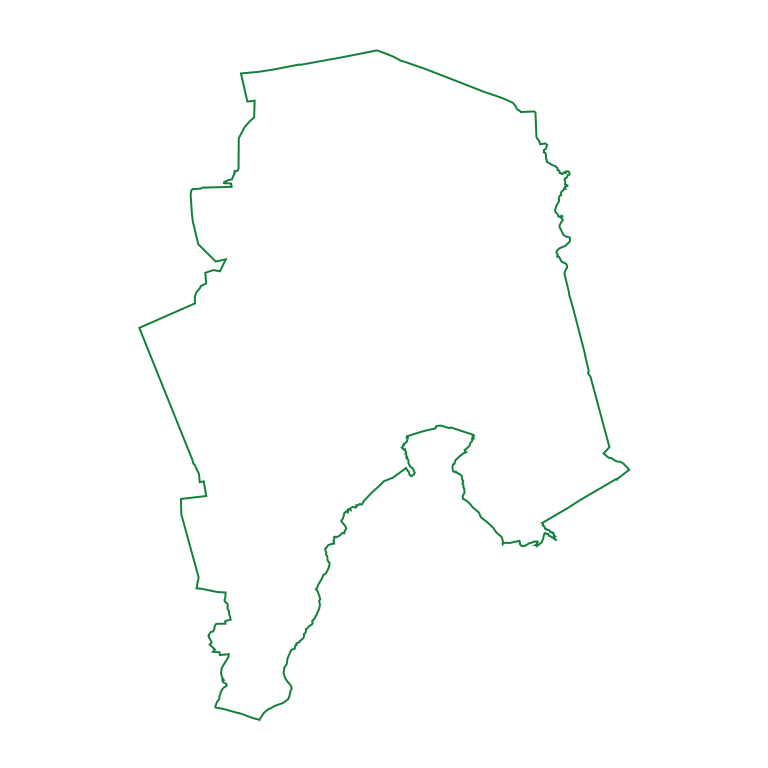 the district of Lunca Corbului, Arges, Romania, rotated 179°
{"feature_id": "2599482B7235716813280", "entity_name": "Lunca Corbului", "entity_type": "district", "adm_level": 2, "iso_a3": "ROU", "parent_name": "Romania", "parent_adm1": "Arges", "projection": "mercator", "projection_center": [24.731, 44.682], "detail": "fine", "context": "isolated", "style": "outline", "palette": "green", "viewbox_px": 768, "rotation_deg": 179, "n_neighbors": 0, "source": "geoboundaries", "source_scale": "gbopen_adm2", "svg_char_len": 6127}
<svg xmlns="http://www.w3.org/2000/svg" viewBox="0 0 768 768"><g transform="rotate(179 384 384)"><path d="M462.7,705.0L489.5,700.3L503.9,698.3L521.6,697.0L515.7,668.8L508.4,669.5L509.2,652.8L513.4,649.3L519.0,643.1L524.9,632.3L525.7,602.0L526.4,600.0L530.8,599.1L529.0,599.0L532.5,591.2L535.5,590.8L540.3,588.7L540.5,587.6L533.4,587.1L532.9,583.8L562.2,583.5L563.7,582.5L572.0,582.2L573.4,580.7L574.0,576.8L573.2,559.1L572.4,550.2L567.2,526.9L550.1,509.4L540.0,511.4L546.1,499.5L552.5,500.9L560.8,498.3L560.0,487.6L565.5,485.1L566.6,482.7L569.8,479.2L571.6,474.7L571.6,467.9L627.7,444.4L576.8,311.2L576.1,307.8L574.8,306.7L570.6,297.3L569.9,289.0L565.9,289.8L563.7,275.1L589.0,272.6L588.9,257.1L572.7,193.9L575.0,183.0L569.3,182.3L554.7,179.0L546.0,178.3L546.5,172.6L547.1,171.4L547.1,169.9L546.9,169.2L544.6,167.3L543.9,164.9L544.5,163.2L544.2,161.8L542.9,159.4L543.0,157.7L541.4,151.1L546.9,149.7L546.8,147.1L555.9,147.1L557.4,145.0L558.3,140.8L559.5,139.4L561.6,139.1L563.9,135.7L563.7,135.0L563.4,134.9L563.5,133.7L560.9,129.1L561.5,127.5L562.8,126.5L557.7,121.5L559.7,119.2L553.0,118.6L552.8,115.9L543.9,116.5L544.5,113.5L550.9,103.5L551.4,101.9L551.9,97.8L551.2,93.8L549.4,90.9L550.8,90.8L550.2,88.8L546.8,86.7L546.5,85.1L550.0,82.9L551.8,80.3L553.0,77.9L552.9,76.8L554.2,74.5L553.9,73.0L554.2,72.1L556.6,68.8L558.2,64.8L558.2,63.6L549.9,61.8L535.4,57.5L534.5,57.5L521.9,52.6L514.2,50.3L513.9,51.3L510.0,57.0L507.2,59.5L504.5,61.3L503.2,61.6L498.8,64.1L490.4,66.9L485.3,70.5L484.0,73.7L482.7,79.3L481.7,80.6L481.7,82.1L482.9,84.8L485.6,88.0L488.1,91.9L489.6,97.6L488.9,99.5L488.8,101.7L486.2,105.7L485.2,111.4L481.9,118.7L480.9,120.0L478.0,120.8L477.3,124.1L476.1,124.4L476.1,126.3L473.1,127.4L472.8,128.2L469.0,131.4L468.3,133.6L468.4,135.4L467.1,136.1L466.3,138.3L466.4,140.4L465.3,140.8L463.4,142.9L460.4,144.8L459.4,146.3L460.0,148.1L457.0,151.4L456.4,153.1L455.6,153.9L452.7,160.7L451.9,164.6L452.7,168.3L451.5,169.9L452.7,174.4L454.2,178.4L455.6,180.0L454.9,180.3L453.3,184.3L449.4,190.7L447.9,194.4L446.5,194.7L444.2,197.6L442.3,201.7L441.7,204.2L441.6,206.4L442.8,207.3L443.5,209.0L443.7,212.6L444.9,214.5L444.9,215.6L444.5,216.2L445.2,217.8L445.6,219.6L445.3,220.8L444.4,221.1L444.3,221.8L442.4,224.0L438.0,225.3L436.6,225.3L437.1,228.4L436.4,230.3L436.7,231.6L436.4,232.0L435.9,232.2L434.0,231.7L430.8,233.3L428.5,235.7L426.3,235.4L426.1,237.1L424.2,240.4L425.4,242.9L429.0,247.4L429.0,248.3L427.9,249.4L426.4,253.3L426.0,255.5L424.0,257.3L422.5,256.2L422.1,257.4L422.5,258.9L421.8,259.5L419.6,258.5L420.0,260.0L419.2,260.8L416.6,261.8L415.6,261.1L414.3,261.0L413.5,261.8L413.9,263.2L412.2,263.3L410.2,264.5L409.1,263.8L408.0,264.1L406.4,267.2L397.9,275.8L388.7,283.8L386.0,286.7L376.7,290.2L363.4,299.6L361.8,296.6L360.7,295.8L360.2,293.2L358.7,291.5L357.6,291.6L355.3,293.6L354.8,294.8L355.6,296.1L356.2,298.4L356.8,299.2L359.2,301.0L360.9,304.2L360.9,306.8L361.2,307.9L361.8,308.9L362.9,309.3L363.0,309.8L362.2,310.1L362.1,310.8L362.9,311.8L363.2,314.2L363.6,314.2L363.0,315.5L364.0,317.0L364.1,318.4L365.6,318.2L367.4,320.2L366.6,320.7L365.8,322.8L365.1,322.7L365.3,323.7L363.0,325.0L362.1,326.2L361.1,329.7L362.3,330.0L361.8,331.4L345.7,336.1L333.2,338.8L332.7,340.8L330.6,341.3L327.8,341.4L319.0,338.6L318.0,339.4L296.1,331.8L296.0,331.0L295.2,331.1L295.1,330.3L296.2,330.0L295.3,328.0L296.9,328.1L297.1,327.5L296.5,326.9L297.0,325.3L298.7,323.5L299.5,320.9L302.8,317.7L304.5,316.7L304.5,315.8L303.0,314.5L305.9,313.3L309.9,310.2L313.9,306.5L315.0,302.9L316.5,302.4L317.0,300.1L316.6,296.0L315.9,295.1L313.9,295.0L314.1,294.6L310.1,292.7L307.9,290.7L307.5,289.2L307.6,287.0L306.6,286.0L306.6,284.6L307.2,283.8L307.3,282.8L306.5,282.1L306.3,278.9L305.7,278.1L305.4,274.7L305.7,273.2L307.2,270.8L307.2,267.9L304.5,266.5L301.9,264.4L299.5,262.0L297.9,259.6L291.9,254.3L291.0,253.0L289.6,249.2L282.5,243.4L277.3,238.3L274.4,233.8L269.2,229.1L268.0,225.6L267.9,223.9L268.2,222.1L268.1,221.8L267.7,222.5L266.3,223.1L260.6,222.9L251.5,224.8L251.2,224.6L250.8,221.4L249.2,219.7L247.6,219.4L245.5,219.9L241.9,222.1L238.7,222.9L236.5,224.0L234.4,223.3L234.4,223.7L233.3,223.9L233.0,223.5L233.6,222.9L233.7,222.1L233.4,221.2L235.3,220.3L234.2,220.2L234.1,219.3L229.3,222.6L227.3,227.2L227.2,228.6L226.1,231.8L225.6,232.2L223.9,231.1L222.7,231.3L221.5,229.2L221.0,229.2L216.8,226.7L214.3,224.4L216.8,227.8L216.8,228.5L215.9,228.8L216.4,229.1L216.4,230.0L217.9,231.8L217.5,232.3L220.2,233.3L220.8,232.4L220.5,233.6L221.1,234.8L224.0,235.7L224.4,236.3L224.9,236.0L225.7,236.9L226.1,238.7L227.7,239.9L227.4,240.1L227.5,241.6L228.4,242.2L201.7,257.2L190.5,264.2L153.6,284.9L152.7,284.3L152.3,285.1L140.3,294.0L145.7,300.0L149.0,302.1L152.9,302.5L158.2,306.0L160.4,306.2L165.7,310.7L159.7,316.9L177.4,387.6L179.9,391.5L179.0,393.3L182.1,407.0L182.5,410.3L193.6,456.5L197.3,470.0L197.5,472.6L201.7,491.4L200.9,493.7L198.9,497.3L198.8,499.0L199.9,501.0L204.3,503.2L206.8,508.1L208.5,508.1L208.7,508.7L208.0,510.1L209.4,512.7L208.6,514.4L206.2,516.6L200.4,518.9L195.8,523.1L195.5,526.2L195.7,527.2L199.5,528.3L201.9,529.8L205.7,537.9L205.7,539.6L204.2,542.3L202.5,544.3L202.6,545.8L204.2,547.3L202.8,548.6L203.4,549.1L205.7,548.1L206.6,548.4L207.5,550.8L209.3,552.5L210.1,554.7L209.1,557.0L208.8,558.7L205.9,563.5L205.7,565.0L206.1,566.9L205.4,567.9L205.0,569.2L203.6,569.7L203.8,571.7L203.1,573.3L201.0,574.9L200.7,576.1L199.2,576.0L199.8,577.3L199.6,577.9L197.1,578.8L197.1,579.4L199.5,580.3L199.3,583.0L199.9,585.9L197.7,587.1L196.5,589.7L194.9,590.1L194.8,591.7L196.0,593.4L198.3,593.4L198.7,593.1L198.4,592.4L198.6,591.9L200.0,592.5L201.7,590.9L202.7,590.8L203.1,591.9L204.6,591.9L205.1,594.4L206.6,594.7L206.9,597.0L208.3,598.1L208.7,598.9L211.7,599.8L217.5,603.5L217.4,605.1L218.1,607.0L218.1,610.4L218.7,612.2L220.2,612.8L219.9,613.8L220.2,614.9L218.1,616.3L216.7,620.2L218.7,621.7L223.7,621.0L224.7,624.5L226.6,626.8L227.3,628.6L227.8,652.3L228.2,653.2L229.3,653.9L242.4,653.5L242.4,653.9L246.3,656.5L247.7,659.7L250.2,662.9L260.9,667.9L278.7,674.3L336.3,697.9L358.5,706.1L361.2,706.7L367.6,710.4L372.2,712.6L385.2,717.7L420.2,711.4L462.4,704.5L462.7,705.0Z" fill="none" stroke="#15803d" stroke-width="2"/></g></svg>